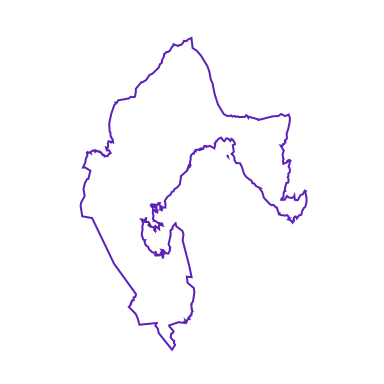 outline of Laguna, Laguna, Philippines, rotated 170°
{"feature_id": "2640588B29584406601254", "entity_name": "Laguna", "entity_type": "district", "adm_level": 2, "iso_a3": "PHL", "parent_name": "Philippines", "parent_adm1": "Laguna", "projection": "equal_earth", "projection_center": [121.262, 14.28], "detail": "fine", "context": "isolated", "style": "outline", "palette": "violet", "viewbox_px": 384, "rotation_deg": 170, "n_neighbors": 0, "source": "geoboundaries", "source_scale": "gbopen_adm2", "svg_char_len": 6048}
<svg xmlns="http://www.w3.org/2000/svg" viewBox="0 0 384 384"><g transform="rotate(170 192 192)"><path d="M165.8,343.8L169.9,342.7L171.2,341.5L173.7,342.3L174.7,340.6L177.2,338.7L179.3,338.9L180.1,338.2L184.5,340.7L184.8,339.5L186.7,338.2L189.1,335.1L191.3,334.1L192.9,334.4L194.0,333.2L195.4,333.0L196.2,330.2L199.0,326.5L198.9,324.8L201.4,323.4L203.0,320.4L210.4,315.4L213.6,314.6L218.0,310.0L222.3,308.6L222.9,308.9L229.4,303.4L230.0,300.1L231.6,295.8L233.1,295.5L235.6,296.4L238.0,295.1L248.7,295.1L250.3,293.2L251.8,293.3L251.4,292.4L253.5,291.0L258.1,282.7L261.7,273.6L262.6,265.8L262.0,264.6L262.5,261.2L261.8,260.0L262.1,259.2L261.0,257.7L261.1,254.5L262.7,255.5L263.3,254.9L264.1,256.1L265.5,256.4L266.5,254.3L266.6,251.7L267.5,249.9L268.9,250.8L268.6,247.8L266.4,247.3L265.4,244.4L267.2,243.9L268.7,242.2L271.9,242.2L271.8,243.3L273.6,243.9L273.5,244.9L274.5,245.7L274.6,246.8L275.8,247.2L276.4,248.3L277.2,247.9L278.2,248.8L279.2,248.8L279.5,249.6L280.5,248.4L281.6,250.2L283.4,249.7L284.9,248.9L284.9,247.8L285.8,248.9L287.5,248.4L287.9,249.4L288.7,249.0L288.7,246.0L290.7,243.4L291.8,239.8L295.1,235.0L293.1,234.8L288.4,230.6L291.7,223.0L293.1,222.9L296.0,219.3L298.4,213.4L298.4,206.6L303.0,200.9L304.1,197.7L304.3,187.1L294.9,183.7L281.2,134.9L264.8,101.0L266.1,98.5L267.8,98.4L268.2,95.5L269.9,95.6L270.0,94.6L271.3,93.8L271.3,92.6L272.2,92.0L272.1,91.3L274.2,89.8L268.6,81.7L267.5,77.3L266.8,70.4L249.5,69.1L251.3,66.6L249.4,63.5L249.3,58.9L239.1,40.2L235.2,44.3L236.0,46.4L235.4,48.5L236.4,49.2L238.3,52.5L237.0,56.2L235.7,56.2L234.4,57.6L234.6,58.7L237.5,63.3L237.7,64.6L227.8,66.1L222.1,64.4L222.0,65.1L221.4,64.7L221.7,65.7L220.6,65.9L220.7,66.6L219.7,65.3L218.0,67.8L216.6,67.3L216.9,69.3L215.2,69.7L215.1,70.9L213.8,71.1L213.3,73.4L212.1,74.4L212.8,76.3L212.3,76.9L212.6,79.2L211.9,81.0L212.3,81.7L210.0,84.1L207.1,92.7L206.9,97.1L212.1,103.3L211.8,109.5L207.2,108.2L207.5,119.1L209.6,146.1L207.7,151.8L208.2,155.3L213.4,160.9L213.6,164.0L214.9,163.2L217.6,160.5L217.6,159.0L219.9,157.9L220.5,153.3L224.2,144.4L223.0,140.8L223.8,140.1L223.8,138.3L226.2,135.4L228.2,136.2L230.5,139.8L232.0,140.3L230.4,136.6L230.5,135.7L231.4,135.6L232.4,131.4L231.9,134.5L232.2,135.5L232.9,135.2L232.9,137.8L234.6,135.7L235.8,135.2L236.8,136.4L237.8,135.5L238.9,135.7L239.3,136.6L238.1,137.1L238.2,139.2L240.2,138.8L241.7,139.7L244.2,142.9L244.7,145.5L246.8,147.7L247.4,151.0L246.5,152.7L247.4,152.7L248.3,153.8L248.9,157.8L248.5,160.4L247.1,163.9L247.0,166.5L245.6,169.3L246.1,172.8L246.8,173.9L245.9,173.8L244.8,172.2L243.7,172.9L243.0,172.3L241.4,175.1L242.3,172.2L243.8,171.5L243.5,170.6L240.0,170.0L239.3,167.9L239.8,168.3L240.7,167.0L239.0,165.1L238.4,165.5L237.6,164.4L236.0,164.1L235.5,162.9L235.8,161.2L235.4,160.5L235.3,161.4L235.0,160.0L234.7,160.0L234.5,164.3L234.0,164.9L230.8,161.1L230.6,164.3L230.0,165.4L227.3,164.3L228.5,166.0L227.1,165.5L227.0,166.1L229.0,166.4L229.2,167.2L230.5,167.1L233.2,169.9L234.8,170.2L234.5,171.3L235.2,172.5L233.9,175.4L234.4,177.3L233.4,181.9L231.8,181.0L231.4,178.8L230.8,179.1L229.7,178.0L229.1,180.0L230.2,182.6L229.6,183.5L233.3,184.0L232.8,184.7L231.5,184.7L231.9,185.1L234.1,184.5L234.9,185.6L234.2,186.2L234.7,186.8L233.4,185.7L234.9,187.2L228.7,185.4L226.9,186.5L226.7,187.8L226.3,186.2L225.9,186.3L226.5,185.3L225.6,183.8L226.1,181.4L225.1,182.2L225.7,179.5L225.0,180.6L224.4,180.3L223.7,182.0L220.9,181.3L220.2,185.2L220.4,187.7L219.5,189.0L216.7,191.8L213.9,192.9L211.7,195.7L210.1,195.8L208.8,197.8L205.3,199.4L202.8,201.5L200.3,208.3L200.4,209.4L193.6,213.6L192.3,214.9L192.5,215.5L190.5,216.8L190.7,217.4L191.9,216.3L190.5,219.0L189.1,219.8L188.7,222.2L187.6,224.1L187.7,225.5L186.3,228.6L183.9,230.0L183.4,229.6L182.6,231.5L181.2,231.3L181.1,232.9L177.4,232.3L177.2,233.0L175.3,233.4L174.8,232.8L175.4,232.2L174.1,232.4L174.4,232.8L173.4,232.7L172.3,235.0L171.4,235.2L170.1,234.0L169.7,234.6L168.1,234.0L166.5,234.4L162.4,231.1L160.8,235.0L160.8,235.6L161.4,234.6L161.1,236.0L156.7,239.7L153.9,240.5L152.2,237.1L151.3,236.4L148.8,238.9L147.2,238.3L145.4,235.7L144.3,237.1L144.1,236.5L142.9,236.7L141.3,232.8L141.4,231.6L143.4,231.1L143.7,231.8L143.8,224.4L146.4,222.5L145.3,221.5L144.2,218.6L144.7,216.2L143.5,212.9L139.6,211.9L138.4,207.4L137.6,200.8L135.9,197.3L131.3,192.5L131.0,190.1L129.6,189.9L127.8,186.6L124.0,183.8L124.6,183.7L124.5,183.1L122.9,180.0L122.2,173.8L117.3,166.3L115.8,165.2L114.0,165.2L112.0,162.2L111.2,162.1L110.2,155.2L109.7,155.4L109.9,154.8L108.6,153.9L103.9,152.5L102.4,152.7L101.1,151.0L101.5,148.9L100.9,148.9L102.0,148.2L100.1,147.4L98.3,144.4L97.1,146.6L96.6,146.2L96.5,148.1L95.1,149.9L94.1,149.9L93.3,147.7L90.8,150.3L88.3,150.6L87.1,153.7L84.8,156.7L82.9,157.9L81.0,162.0L80.2,166.4L80.4,172.1L79.7,173.1L80.7,173.8L83.2,170.6L85.7,170.0L89.4,165.5L92.1,166.5L91.8,170.8L92.7,169.5L94.7,168.7L97.9,170.0L99.1,171.5L102.1,168.2L105.5,168.8L104.8,170.1L102.9,170.9L101.7,175.9L100.0,176.8L100.4,177.4L99.9,177.9L100.1,178.9L97.4,184.6L96.0,184.4L95.1,185.6L94.7,188.0L95.2,190.0L94.3,190.9L93.9,193.4L92.4,194.5L91.8,196.0L91.8,198.8L92.5,200.3L91.2,202.4L90.7,203.9L91.0,204.7L89.6,205.5L90.4,206.7L92.7,206.2L93.5,204.6L96.6,204.3L97.2,203.1L97.1,206.6L96.0,208.7L96.4,209.4L96.2,213.4L94.4,216.8L96.7,222.4L94.8,221.9L93.7,223.5L92.9,223.3L91.2,225.1L91.7,225.7L91.5,226.8L89.8,227.5L89.1,228.8L88.6,233.3L86.4,237.1L83.6,244.2L82.7,247.9L83.3,251.5L87.2,250.6L90.6,253.3L94.0,251.8L99.1,252.5L114.3,251.4L114.3,252.1L123.3,256.4L123.7,255.5L124.5,257.6L125.4,258.2L126.7,256.8L133.0,257.7L133.8,258.5L135.7,258.4L136.8,259.5L139.0,259.2L140.1,260.6L142.2,260.3L144.5,261.0L147.2,263.3L151.2,273.6L152.7,284.4L152.9,295.3L154.0,299.8L154.0,307.1L155.0,313.4L159.5,324.8L162.9,330.4L166.4,333.7L165.8,343.8ZM151.5,222.0L150.9,221.5L150.4,220.6L150.4,221.3L151.5,222.0ZM188.9,219.3L189.5,218.2L189.3,217.9L188.8,218.6L188.9,219.3ZM232.0,135.9L231.9,135.2L231.6,134.9L231.7,135.9L232.0,135.9ZM227.5,165.4L226.7,164.9L226.7,165.1L227.5,165.4ZM224.8,179.8L225.2,179.3L225.1,179.2L224.8,179.8Z" fill="none" stroke="#5b21b6" stroke-width="2"/></g></svg>